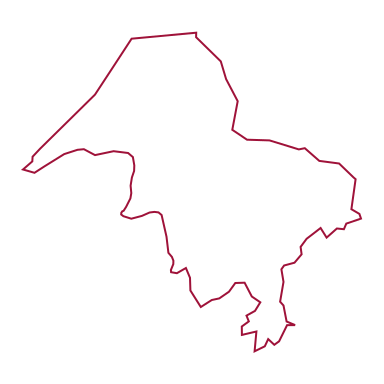 St. Mary, Louisiana, United States of America (Equal Earth projection)
{"feature_id": "52423323B82500281635270", "entity_name": "St. Mary", "entity_type": "district", "adm_level": 2, "iso_a3": "USA", "parent_name": "United States of America", "parent_adm1": "Louisiana", "projection": "equal_earth", "projection_center": [-91.446, 29.674], "detail": "fine", "context": "isolated", "style": "outline", "palette": "rose", "viewbox_px": 384, "rotation_deg": 0, "n_neighbors": 0, "source": "geoboundaries", "source_scale": "gbopen_adm2", "svg_char_len": 1296}
<svg xmlns="http://www.w3.org/2000/svg" viewBox="0 0 384 384"><path d="M196.2,32.7L131.6,38.7L111.6,69.3L95.0,94.6L40.1,148.7L32.6,156.7L32.3,161.4L23.0,169.5L34.5,172.8L44.4,166.4L64.2,154.1L77.5,149.8L83.9,149.2L95.0,155.1L113.6,151.2L128.1,153.0L132.9,157.1L134.3,165.4L134.1,171.0L131.9,177.5L130.6,185.7L131.3,193.1L130.4,198.4L126.1,206.9L123.6,210.8L122.3,211.3L121.3,212.8L121.2,214.5L123.4,216.2L131.3,218.7L141.9,215.9L149.6,212.5L154.4,211.9L158.5,212.4L161.6,215.0L166.5,236.7L168.4,252.8L171.9,256.9L173.4,260.7L173.3,264.1L170.9,270.0L171.1,272.2L176.9,273.2L185.9,268.0L190.0,277.8L190.4,290.5L200.8,307.0L211.8,300.0L219.3,298.4L229.0,291.7L235.3,283.0L244.6,282.7L251.8,296.5L260.3,302.3L255.0,310.9L246.5,315.6L248.8,321.4L241.8,326.5L241.9,334.9L256.4,331.5L254.6,351.3L264.8,346.3L268.2,339.1L274.3,344.8L279.1,341.3L287.1,325.1L295.1,325.1L286.6,321.5L283.5,305.5L280.1,301.7L283.5,281.9L281.4,269.3L284.1,265.5L294.5,262.7L301.6,254.3L300.6,246.9L306.6,238.8L320.6,228.0L326.6,237.6L336.9,228.5L343.9,229.2L346.3,223.6L361.0,218.6L359.4,213.9L351.4,209.2L355.6,179.2L353.5,177.4L339.1,163.5L319.3,160.9L304.8,148.2L298.8,149.4L269.5,140.4L247.0,139.7L232.3,129.8L237.7,101.2L226.1,79.1L220.8,61.4L196.1,37.2L196.2,32.7Z" fill="none" stroke="#9f1239" stroke-width="2"/></svg>